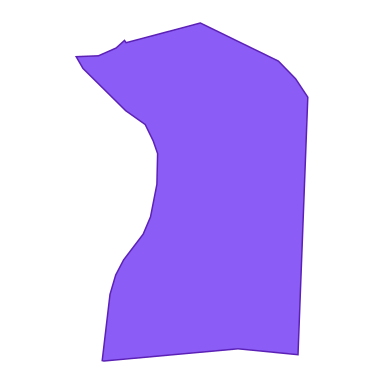 SVG path tracing the border of Penal-Debe
{"feature_id": "TTO-59", "entity_name": "Penal-Debe", "entity_type": "Region", "adm_level": 1, "iso_a3": "TTO", "parent_name": "Trinidad and Tobago", "parent_adm1": "", "projection": "robinson", "projection_center": [-61.471, 10.164], "detail": "fine", "context": "isolated", "style": "filled", "palette": "violet", "viewbox_px": 384, "rotation_deg": 0, "n_neighbors": 0, "source": "natural_earth", "source_scale": "10m", "svg_char_len": 427}
<svg xmlns="http://www.w3.org/2000/svg" viewBox="0 0 384 384"><path d="M76.2,56.7L80.8,56.5L98.4,55.8L116.1,48.0L124.5,40.4L126.1,42.7L200.3,23.0L278.4,61.1L295.6,78.8L307.8,97.2L298.0,354.7L238.0,348.8L103.9,361.0L102.2,360.6L110.0,294.4L115.7,275.0L123.6,259.9L143.2,234.1L150.5,216.9L156.9,184.3L157.6,153.6L153.2,140.9L145.2,124.5L125.7,110.7L83.0,68.5L76.2,56.7Z" fill="#8b5cf6" stroke="#5b21b6" stroke-width="1.5"/></svg>